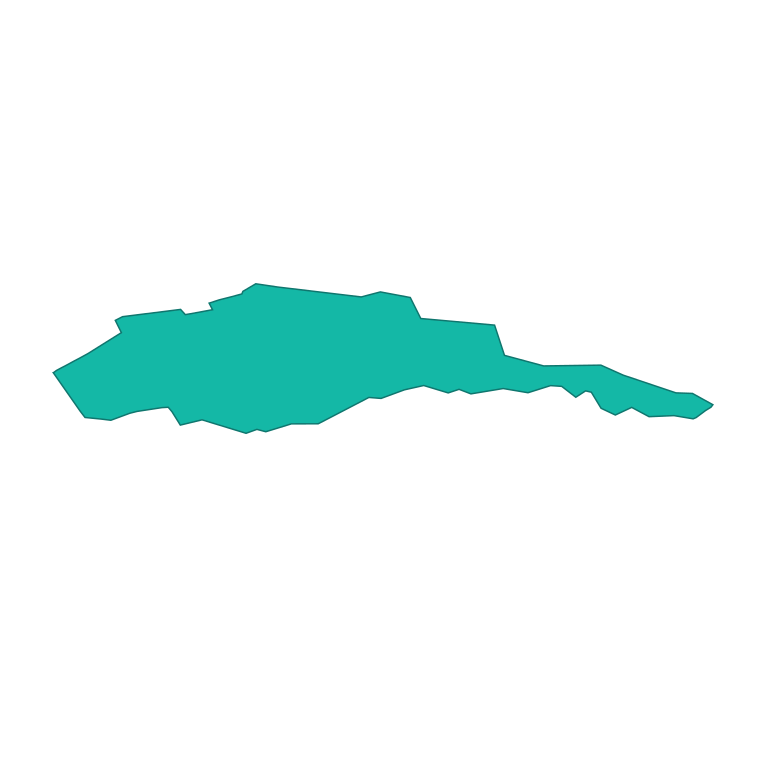 outline of Halfa Aj Jadeedah, Kassala, Sudan, rotated 101°
{"feature_id": "16777658B66580925278761", "entity_name": "Halfa Aj Jadeedah", "entity_type": "district", "adm_level": 2, "iso_a3": "SDN", "parent_name": "Sudan", "parent_adm1": "Kassala", "projection": "equal_earth", "projection_center": [35.632, 15.558], "detail": "fine", "context": "isolated", "style": "filled", "palette": "teal", "viewbox_px": 768, "rotation_deg": 101, "n_neighbors": 0, "source": "geoboundaries", "source_scale": "gbopen_adm2", "svg_char_len": 1123}
<svg xmlns="http://www.w3.org/2000/svg" viewBox="0 0 768 768"><g transform="rotate(101 384 384)"><path d="M463.2,576.1L453.9,555.8L458.7,510.0L452.8,500.1L453.4,490.9L440.8,467.3L435.6,441.0L425.3,428.0L400.1,396.3L398.7,384.1L385.8,362.8L377.9,344.7L380.5,319.3L374.9,309.3L377.1,296.8L365.7,266.1L365.1,241.0L353.8,220.2L352.4,209.1L360.4,193.2L352.3,184.8L352.5,178.9L366.4,166.3L370.3,151.0L359.7,136.4L365.5,117.6L359.7,93.3L359.2,73.9L357.4,71.2L348.6,63.2L344.4,58.6L341.6,57.2L334.4,79.4L337.0,95.7L329.7,150.7L324.1,174.7L335.8,230.7L332.9,271.2L305.1,286.7L312.7,360.4L294.1,374.7L294.3,405.1L302.9,423.0L309.1,506.9L310.1,529.0L320.0,540.2L322.7,540.7L327.9,551.3L332.9,561.9L338.0,571.1L343.8,566.5L351.9,587.2L353.8,592.3L349.6,597.9L367.8,653.5L372.8,659.9L383.7,651.6L410.7,680.5L415.1,685.8L417.0,688.1L420.1,692.0L427.1,700.5L429.6,703.7L433.2,708.1L433.4,708.3L434.1,708.9L435.6,710.3L435.9,710.6L436.0,710.8L468.6,677.1L473.9,671.1L472.4,655.0L471.7,645.2L461.2,627.9L458.0,621.1L449.6,597.6L448.0,591.4L449.0,590.1L451.7,586.8L463.2,576.1Z" fill="#14b8a6" stroke="#0f766e" stroke-width="1.5"/></g></svg>